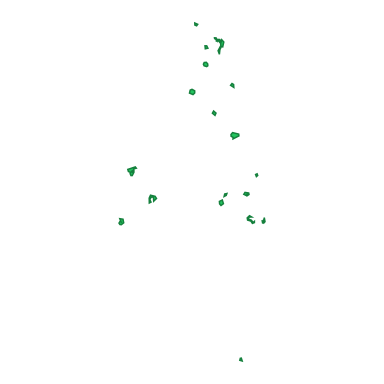 the district of Lau, Eastern, Fiji
{"feature_id": "14151628B80423492752803", "entity_name": "Lau", "entity_type": "district", "adm_level": 2, "iso_a3": "FJI", "parent_name": "Fiji", "parent_adm1": "Eastern", "projection": "natural_earth1", "projection_center": [-179.094, -18.709], "detail": "medium", "context": "isolated", "style": "filled", "palette": "green", "viewbox_px": 384, "rotation_deg": 0, "n_neighbors": 0, "source": "geoboundaries", "source_scale": "gbopen_adm2", "svg_char_len": 1897}
<svg xmlns="http://www.w3.org/2000/svg" viewBox="0 0 384 384"><path d="M214.5,37.8L214.6,38.6L216.2,39.5L216.4,41.1L218.5,40.9L220.6,43.3L220.8,45.6L218.1,50.7L219.4,54.3L219.9,49.6L221.4,46.5L222.7,46.9L223.8,42.0L221.7,39.7L221.2,41.7L220.6,39.7L220.4,41.1L219.7,39.5L217.3,39.4L217.2,40.3L216.1,37.9L214.5,37.8ZM238.7,134.1L232.6,132.6L231.0,134.5L231.1,136.3L233.1,137.4L233.0,138.9L238.9,135.9L238.7,134.1ZM135.3,166.9L127.8,169.4L128.4,171.5L130.7,172.5L130.1,173.6L131.0,175.6L132.2,175.6L133.9,172.3L133.9,171.2L132.3,172.2L131.6,171.3L133.8,169.9L133.7,168.9L136.3,168.2L135.3,166.9ZM192.0,89.3L190.2,90.1L189.5,93.1L193.0,94.6L194.7,93.0L194.7,90.8L192.0,89.3ZM155.1,196.3L150.5,195.2L149.2,198.1L149.3,203.0L151.0,202.1L149.8,199.6L151.1,197.2L153.4,197.0L153.7,201.2L156.5,198.5L155.1,196.3ZM123.0,219.2L119.8,218.7L121.0,221.8L120.1,221.3L119.0,223.1L119.9,224.5L121.3,224.7L123.7,222.8L123.0,219.2ZM222.3,200.0L219.4,201.4L219.6,203.9L221.0,205.5L223.4,203.7L222.3,200.0ZM206.7,66.6L207.8,65.8L207.7,63.9L206.3,62.3L204.2,62.5L203.4,64.2L204.1,65.8L206.7,66.6ZM249.5,215.7L247.2,217.9L247.6,220.1L250.9,221.1L252.4,223.4L254.4,222.6L254.4,221.4L253.1,222.5L251.4,220.2L248.5,219.2L248.8,217.1L251.7,217.0L249.5,215.7ZM216.0,113.1L213.6,111.0L212.4,113.2L215.0,115.4L216.0,113.1ZM245.0,192.4L243.8,194.3L246.0,195.4L247.1,194.2L247.2,195.7L249.0,194.5L248.7,193.0L245.0,192.4ZM232.0,83.5L230.6,85.3L233.8,87.4L233.6,84.5L232.0,83.5ZM264.3,217.6L263.6,220.9L262.2,220.9L262.7,223.5L263.2,221.4L263.9,222.9L265.0,221.7L264.3,217.6ZM206.7,45.8L205.0,45.8L205.3,48.8L207.9,48.2L206.7,45.8ZM226.9,193.5L224.7,194.0L224.1,196.5L226.2,195.4L226.9,193.5ZM196.6,25.8L197.7,24.3L194.8,23.0L194.9,25.1L196.6,25.8ZM257.1,173.8L255.6,174.5L256.4,176.6L257.7,175.5L257.1,173.8ZM242.2,361.0L241.3,358.1L240.3,358.3L239.8,360.3L242.2,361.0Z" fill="#22c55e" stroke="#15803d" stroke-width="1.5"/></svg>